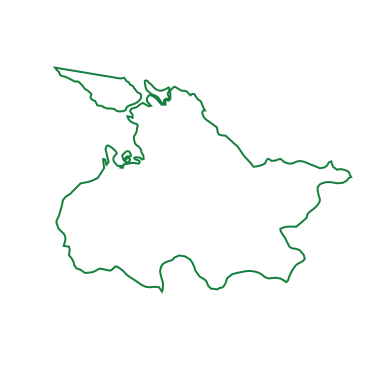 outline of Kalabakan, Sabah, Malaysia, rotated 189°
{"feature_id": "92858781B64999201183352", "entity_name": "Kalabakan", "entity_type": "district", "adm_level": 2, "iso_a3": "MYS", "parent_name": "Malaysia", "parent_adm1": "Sabah", "projection": "orthographic", "projection_center": [117.507, 4.476], "detail": "fine", "context": "isolated", "style": "outline", "palette": "green", "viewbox_px": 384, "rotation_deg": 189, "n_neighbors": 0, "source": "geoboundaries", "source_scale": "gbopen_adm2", "svg_char_len": 5561}
<svg xmlns="http://www.w3.org/2000/svg" viewBox="0 0 384 384"><g transform="rotate(189 192 192)"><path d="M37.3,231.7L40.8,236.7L45.2,237.8L49.3,237.8L52.2,236.7L56.7,239.0L59.3,244.0L61.6,242.6L62.5,239.6L64.9,237.0L69.3,235.5L71.6,236.1L74.3,236.7L78.7,237.6L84.0,239.0L88.1,239.6L91.1,239.3L93.7,238.2L97.5,235.8L100.5,235.2L105.2,235.8L109.6,238.5L112.2,237.6L114.3,236.1L118.4,235.2L120.7,236.4L121.9,236.7L122.8,236.1L123.4,234.9L124.3,231.7L126.9,229.7L131.0,227.9L134.3,226.7L135.5,226.7L138.1,229.4L140.7,231.4L146.3,235.8L153.7,243.8L167.8,252.9L171.6,252.6L174.3,253.0L175.8,254.7L176.5,256.8L177.6,259.8L184.8,263.5L188.4,265.2L191.2,266.9L193.6,270.1L194.4,272.4L193.4,274.4L191.9,274.6L193.3,276.3L195.1,279.0L197.4,282.9L200.6,284.4L203.0,286.7L205.1,289.1L207.2,288.9L208.7,287.2L212.6,290.3L214.9,290.8L217.9,290.4L220.4,291.2L225.4,293.3L227.1,292.1L227.9,290.6L229.2,289.3L229.2,287.1L228.1,282.5L228.1,280.3L228.8,278.8L231.8,278.6L232.8,277.8L232.2,276.3L231.8,274.1L235.6,273.5L239.4,276.5L241.1,278.2L243.3,279.3L245.4,280.5L248.2,281.2L249.9,280.5L251.2,277.5L250.5,274.4L246.0,270.7L248.4,269.9L251.2,271.1L254.2,272.2L255.9,271.4L257.4,269.9L258.8,268.2L260.1,267.1L262.1,266.0L265.1,264.7L265.7,261.8L262.9,259.2L262.3,256.0L264.4,256.6L267.6,256.6L266.3,254.3L264.0,252.2L260.4,250.9L257.2,250.5L255.9,248.8L256.3,246.4L256.1,243.6L256.7,240.9L257.6,238.9L258.0,236.6L257.2,234.0L255.9,231.2L254.4,229.7L251.4,228.3L249.0,225.9L248.2,223.6L247.1,221.8L246.1,221.0L245.4,219.3L245.0,216.9L246.7,216.3L248.2,217.6L250.3,217.8L253.1,217.4L254.4,216.7L253.5,215.5L251.2,215.0L249.0,214.6L248.4,213.3L248.8,211.8L250.5,211.6L252.5,211.6L253.8,211.6L256.9,211.2L257.6,210.7L264.0,208.4L263.8,207.1L264.2,205.0L266.3,205.0L265.1,206.7L268.3,206.3L269.7,206.3L271.0,207.4L272.1,208.2L273.2,209.1L274.7,211.2L274.9,212.7L274.7,214.6L273.2,216.9L272.3,218.4L273.6,220.2L275.3,221.4L278.3,223.4L281.9,224.9L283.4,224.2L284.1,221.7L284.1,220.8L279.1,208.6L280.8,205.6L282.8,210.5L284.9,210.6L282.6,201.8L287.1,191.3L292.4,187.5L296.4,185.6L299.4,184.5L303.5,183.0L309.9,174.1L312.0,171.1L316.3,167.2L318.2,163.8L318.4,157.8L319.7,147.6L321.0,143.6L321.2,143.1L321.2,140.8L318.2,135.0L315.3,132.9L312.0,130.7L310.3,128.1L309.5,125.2L310.3,118.7L305.0,118.8L303.7,115.8L303.7,112.3L303.5,110.2L300.3,107.4L298.0,104.4L297.1,101.7L294.3,98.5L290.1,97.8L287.5,96.5L285.0,95.3L279.4,96.7L276.4,98.0L271.3,101.9L267.7,101.9L263.0,101.5L260.0,101.7L258.2,103.6L256.1,106.6L253.5,106.3L250.6,104.9L247.4,103.1L243.3,99.9L240.5,98.5L233.3,95.3L230.3,93.8L226.9,92.3L223.2,91.2L219.4,91.2L216.4,92.0L212.5,92.7L209.6,92.7L206.1,89.0L205.7,91.6L206.1,96.3L206.8,98.4L208.5,101.9L210.0,105.3L211.1,108.5L211.1,110.8L210.8,113.4L209.6,116.2L207.0,118.5L203.6,120.4L200.8,121.7L199.1,124.5L194.8,127.3L188.8,127.3L183.3,125.1L180.5,122.1L177.7,117.9L176.5,114.9L171.1,109.6L167.1,108.1L164.3,106.6L162.8,104.4L161.3,101.9L158.1,99.5L155.7,99.7L151.9,99.7L150.0,101.4L147.8,102.1L146.3,103.2L144.6,107.2L143.8,112.4L139.3,117.2L135.9,118.7L126.5,122.2L122.0,123.2L117.1,123.2L113.2,122.6L110.0,121.3L106.8,119.4L103.0,118.6L98.9,119.6L95.7,120.5L90.8,120.3L88.3,119.4L84.8,117.7L83.4,119.6L82.9,122.8L81.7,127.7L80.4,131.0L78.7,134.6L77.2,136.9L71.8,141.0L70.1,143.6L71.8,147.4L76.7,151.5L80.8,152.1L84.6,152.1L87.2,153.2L90.9,158.3L92.8,161.1L96.0,164.5L98.3,167.2L99.0,169.4L96.4,171.1L93.4,172.4L88.5,173.4L83.8,173.9L79.8,178.3L74.7,184.5L74.7,186.9L73.8,189.4L72.3,191.2L69.5,194.1L67.6,196.3L65.5,199.5L64.4,202.7L64.6,205.1L66.5,208.7L68.3,213.8L68.5,216.8L66.8,219.6L64.6,221.1L61.4,222.6L57.4,223.4L51.8,223.4L49.3,223.4L44.1,224.9L40.9,227.5L39.3,230.2L37.7,231.7L37.3,231.7ZM281.3,261.7L280.8,261.3L280.1,260.7L278.9,260.4L277.7,260.2L276.5,260.2L272.5,261.1L270.6,262.4L269.6,265.7L268.2,267.1L266.6,268.1L264.6,269.1L262.5,270.2L260.7,271.6L259.3,273.0L257.7,275.3L257.0,276.9L257.7,280.5L259.1,281.2L261.3,281.8L263.0,283.2L264.2,284.6L265.4,285.4L266.3,286.9L267.7,287.7L269.9,288.3L271.7,290.5L272.9,290.8L273.9,291.1L276.6,294.1L280.5,292.9L346.7,293.4L344.6,291.3L342.6,290.1L341.4,288.5L340.4,286.8L338.6,286.2L335.4,286.0L332.4,285.3L328.3,283.9L326.5,283.2L324.9,282.7L323.0,283.3L321.1,282.9L319.5,282.0L317.8,280.6L316.1,279.4L315.3,278.2L313.9,277.1L311.8,276.2L310.5,275.6L307.6,273.7L306.6,273.0L306.9,271.7L307.1,269.7L306.3,268.3L304.2,267.1L302.4,267.0L301.2,265.9L299.3,263.0L298.2,262.8L296.6,262.8L294.8,262.9L293.6,262.5L292.5,261.9L288.8,261.2L285.3,261.7L283.4,261.8L282.3,261.8L281.3,261.7ZM239.2,279.1L238.2,277.9L237.1,276.7L235.6,275.2L234.5,274.5L233.4,275.2L233.8,276.5L233.9,277.8L233.6,279.1L232.0,280.2L230.9,279.9L230.0,280.0L229.5,280.7L229.8,282.2L230.6,283.6L231.2,284.6L231.4,285.8L230.7,287.1L230.5,288.3L230.4,289.7L230.7,291.2L231.6,291.6L234.1,289.4L236.4,288.2L238.6,287.1L240.4,287.0L242.4,287.5L243.9,287.9L246.4,289.6L248.2,291.2L250.3,292.5L252.2,293.6L253.3,294.7L255.2,295.0L255.9,294.4L255.7,292.6L255.3,291.1L254.6,289.4L253.9,287.5L252.3,285.3L250.6,284.3L248.6,283.1L247.1,282.3L245.4,281.9L242.9,281.3L240.7,280.4L239.2,279.1ZM266.6,217.0L266.1,215.8L265.7,215.0L264.9,213.3L264.3,212.7L263.6,214.2L263.1,215.1L262.7,216.0L261.8,216.9L260.8,217.1L259.9,217.2L259.0,217.1L258.0,218.0L258.3,219.5L259.4,221.1L260.4,222.1L261.7,222.3L262.9,221.9L264.0,221.0L264.6,220.0L265.5,218.9L266.3,218.1L266.6,217.0ZM261.5,215.2L261.9,214.2L262.9,212.3L262.5,211.2L259.9,211.1L258.7,212.7L258.2,213.6L258.4,214.6L259.5,215.4L260.1,216.2L261.5,215.2Z" fill="none" stroke="#15803d" stroke-width="2"/></g></svg>